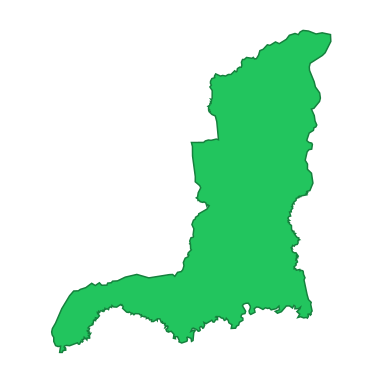 the district of Phrasaeng, Surat Thani, Thailand, rotated 84°
{"feature_id": "78962969B2036250841951", "entity_name": "Phrasaeng", "entity_type": "district", "adm_level": 2, "iso_a3": "THA", "parent_name": "Thailand", "parent_adm1": "Surat Thani", "projection": "mercator", "projection_center": [99.157, 8.509], "detail": "fine", "context": "isolated", "style": "filled", "palette": "green", "viewbox_px": 384, "rotation_deg": 84, "n_neighbors": 0, "source": "geoboundaries", "source_scale": "gbopen_adm2", "svg_char_len": 5964}
<svg xmlns="http://www.w3.org/2000/svg" viewBox="0 0 384 384"><g transform="rotate(84 192 192)"><path d="M274.9,298.0L272.3,301.3L276.0,307.6L277.2,313.3L278.4,315.4L278.1,320.0L282.4,324.6L294.4,333.7L308.1,341.4L313.2,345.1L316.5,346.2L319.4,346.0L322.2,344.7L326.2,345.1L330.5,343.7L331.7,341.4L331.6,338.8L337.7,340.4L338.0,337.8L336.2,336.7L336.1,334.1L334.5,334.0L334.5,334.8L333.6,334.4L333.2,335.3L331.9,335.0L331.4,333.0L332.1,329.8L330.0,321.7L331.4,320.9L331.5,319.7L328.9,318.1L329.8,316.9L329.2,316.1L327.3,316.6L327.3,315.0L325.2,314.4L328.1,312.0L326.3,311.6L326.6,309.1L325.4,308.9L323.5,310.5L324.3,309.2L321.9,307.5L321.8,309.7L320.5,308.8L319.9,310.5L318.9,310.6L319.0,309.1L316.9,308.2L316.3,309.6L314.8,308.2L313.5,304.4L312.4,304.8L312.2,304.0L309.3,303.3L309.8,301.6L308.6,301.8L308.9,300.8L308.2,300.3L307.1,300.8L307.6,299.2L305.4,297.0L303.4,298.0L302.8,297.5L303.1,298.6L301.9,298.7L302.3,297.8L301.0,297.4L302.6,296.2L301.4,296.5L300.5,295.1L301.5,293.0L300.4,292.7L301.2,291.9L298.7,290.7L299.7,290.2L299.2,288.7L300.2,287.3L298.3,286.5L297.7,285.1L298.4,284.0L296.5,283.5L298.1,281.9L298.6,278.9L296.4,274.7L297.3,274.2L296.8,273.5L298.9,272.4L300.4,273.2L304.6,269.6L305.2,267.9L304.7,267.0L306.2,265.0L307.1,265.3L306.5,263.9L308.0,262.6L307.0,261.2L307.6,257.3L308.9,256.2L308.8,255.2L310.7,255.5L310.2,254.4L311.2,252.5L310.8,251.9L312.1,250.3L313.1,250.6L312.7,248.5L314.8,247.5L314.8,245.5L316.6,245.8L316.8,243.9L315.2,240.6L316.2,240.0L314.5,239.7L314.8,237.2L318.5,236.1L318.0,235.0L319.4,234.9L320.0,232.5L321.3,233.2L322.1,232.2L323.9,233.0L322.6,230.5L323.1,229.9L325.3,230.6L325.7,232.3L327.7,231.8L328.4,231.0L328.0,230.1L328.8,229.9L328.3,227.2L331.7,224.8L335.5,225.8L336.2,223.8L334.1,223.9L334.4,221.5L338.4,220.2L339.6,220.6L341.1,218.0L339.9,212.7L338.4,212.0L336.1,212.3L335.8,211.6L337.4,208.3L340.5,208.1L339.8,206.5L331.9,204.9L330.3,203.4L329.5,204.6L330.6,207.7L327.7,206.0L327.5,204.7L329.4,201.6L331.1,200.4L331.0,199.1L330.2,198.2L327.9,198.7L326.8,197.6L326.8,196.6L328.6,195.6L328.3,194.7L325.7,193.3L323.0,193.8L324.4,191.7L321.6,185.7L323.6,184.6L323.6,183.4L321.4,181.8L321.6,179.9L319.9,179.8L318.8,181.6L318.4,181.1L318.8,177.6L320.4,176.0L320.8,174.3L323.1,173.3L322.6,171.7L321.2,171.1L323.4,169.4L325.9,169.0L328.2,166.2L331.8,167.3L332.0,162.9L330.0,161.7L329.2,159.5L326.5,158.5L324.9,154.8L322.8,154.6L321.4,156.3L320.1,156.0L318.8,155.0L318.4,152.0L316.2,151.1L310.5,153.7L309.0,152.6L308.3,150.1L308.5,147.6L311.4,146.0L313.5,146.1L316.3,147.7L318.6,147.5L319.9,146.4L318.2,141.9L314.6,142.3L313.1,139.8L313.6,137.6L316.2,133.7L314.8,131.0L315.8,128.8L315.4,127.3L317.5,125.6L316.8,120.3L314.6,117.5L318.2,117.3L319.4,121.7L321.5,119.7L320.4,115.6L315.2,110.1L315.5,106.9L317.9,104.2L315.4,102.5L316.5,101.4L318.9,101.9L319.1,98.2L317.9,96.2L319.5,96.9L321.9,100.2L324.7,97.6L327.9,99.9L327.4,97.1L328.9,94.0L328.7,91.4L329.5,90.5L328.1,89.3L325.7,89.4L325.6,88.0L326.9,87.3L326.2,86.3L324.5,86.3L322.9,85.0L316.1,85.7L314.2,85.0L311.2,87.4L305.8,88.3L291.1,89.8L289.1,88.6L285.5,89.7L282.9,89.7L281.9,90.1L281.1,92.2L281.6,92.7L280.3,92.9L280.7,96.4L279.2,96.9L279.0,98.5L278.1,97.9L277.2,98.4L275.4,96.0L274.1,96.4L272.6,94.4L270.0,95.1L270.3,95.7L268.8,95.3L268.5,94.0L267.3,95.0L268.0,93.8L267.3,93.3L266.5,94.9L265.2,94.4L265.5,93.8L263.3,95.0L263.3,96.3L261.9,98.3L258.4,99.0L258.7,98.3L257.7,98.7L257.6,97.8L257.4,98.4L255.6,97.5L256.6,96.0L255.3,94.9L255.1,92.8L253.7,91.8L251.7,91.9L251.5,90.9L250.3,91.0L250.4,90.2L249.5,91.0L248.9,90.6L247.9,92.5L244.8,94.3L244.1,93.4L243.4,95.0L241.9,94.7L241.8,96.1L241.1,95.8L240.1,96.9L235.7,96.6L233.6,98.6L232.7,98.3L232.1,99.5L231.1,99.4L230.6,98.1L230.1,99.1L229.7,98.6L228.0,99.4L226.5,98.2L226.2,96.4L222.1,97.1L222.1,95.3L220.4,95.4L218.6,93.5L217.0,94.3L216.9,93.4L215.1,93.6L214.3,93.0L214.5,91.7L213.0,92.1L211.2,89.4L209.2,89.0L208.7,86.3L208.0,86.8L207.3,85.8L208.0,84.3L207.3,83.8L206.8,78.3L205.9,78.8L205.8,77.6L204.8,78.0L204.5,77.1L203.5,77.7L202.9,74.6L195.8,70.8L185.8,71.2L181.5,74.8L176.3,74.2L172.3,76.1L164.1,73.3L162.1,71.2L161.9,68.5L157.3,67.3L155.9,67.8L154.8,70.7L152.7,72.5L145.6,69.3L143.4,64.8L140.9,64.0L140.2,62.0L138.4,60.9L134.2,62.2L128.8,62.4L122.0,64.6L121.5,62.0L115.3,55.7L112.0,54.5L106.8,54.7L100.4,58.3L95.1,59.0L83.4,62.4L79.9,62.3L76.3,61.0L69.8,48.0L67.4,45.0L56.8,38.2L49.9,37.8L47.3,45.9L47.8,52.1L44.1,59.3L42.9,64.7L44.2,67.8L46.6,69.8L45.1,73.0L46.3,78.8L50.0,82.2L53.6,89.7L51.5,93.3L54.3,99.1L53.5,101.7L57.5,106.3L58.5,109.7L62.9,111.5L66.1,114.0L66.2,115.9L64.5,117.0L65.3,118.4L63.9,123.7L65.7,126.2L65.5,127.9L68.1,129.3L71.0,129.1L73.1,129.9L72.8,131.5L74.0,133.9L76.8,134.8L77.1,135.6L75.9,136.9L79.2,140.9L78.9,143.6L80.2,146.5L79.3,149.3L79.7,151.5L77.0,156.1L79.2,157.6L80.6,157.4L81.3,160.4L83.8,162.0L85.7,162.3L87.8,161.6L89.4,163.2L93.2,161.3L101.1,162.2L102.0,162.9L101.7,163.6L102.9,163.0L104.4,163.5L104.1,164.1L105.9,163.9L105.8,164.8L107.6,165.3L108.5,167.1L109.3,165.9L109.2,166.6L111.4,166.9L111.9,166.1L112.8,166.9L114.1,166.4L113.9,165.5L115.0,165.7L117.0,164.0L118.8,160.9L124.7,160.0L142.8,160.2L141.9,162.3L142.6,167.6L142.0,170.3L142.6,173.4L143.9,175.3L142.7,187.4L146.8,186.8L156.2,187.7L177.0,187.1L182.2,187.7L186.5,183.6L188.8,182.9L193.4,185.9L197.6,187.0L198.3,188.3L199.5,186.9L201.1,186.9L201.2,185.6L202.5,184.9L203.5,182.2L203.0,181.2L204.3,179.4L207.6,178.7L206.3,177.8L207.4,176.3L210.6,179.0L214.4,187.6L216.0,188.1L217.5,191.1L219.2,191.6L220.2,193.5L224.4,195.5L228.8,194.0L234.8,195.4L236.2,195.1L237.1,195.6L237.4,197.8L240.6,199.4L242.7,199.0L243.3,199.7L244.0,199.0L248.4,199.3L249.4,198.7L252.1,202.1L254.1,202.8L254.5,201.8L256.0,202.6L257.1,205.7L261.2,208.0L264.5,207.7L268.3,209.3L270.0,211.0L270.4,214.8L274.1,217.9L272.0,219.9L271.8,223.2L272.9,243.9L268.2,255.5L269.7,267.3L272.6,275.4L272.4,280.3L273.8,281.8L273.8,285.4L275.7,286.4L275.3,291.6L272.6,293.6L274.9,298.0Z" fill="#22c55e" stroke="#15803d" stroke-width="1.5"/></g></svg>